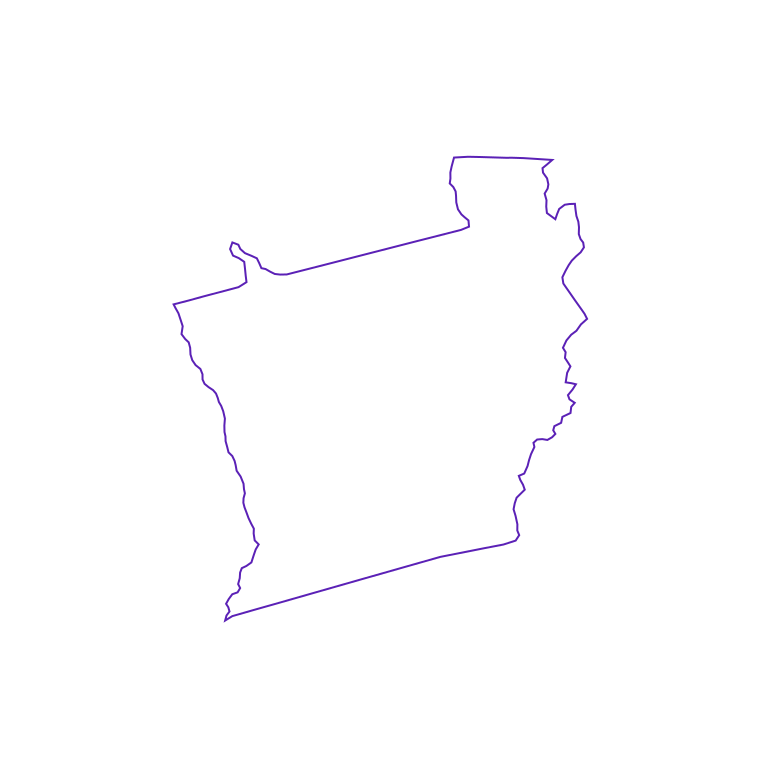 the district of Sooretama, Espírito Santo, Brazil, rotated 233°
{"feature_id": "56859067B28785690649681", "entity_name": "Sooretama", "entity_type": "district", "adm_level": 2, "iso_a3": "BRA", "parent_name": "Brazil", "parent_adm1": "Espírito Santo", "projection": "natural_earth1", "projection_center": [-40.136, -19.069], "detail": "fine", "context": "isolated", "style": "outline", "palette": "violet", "viewbox_px": 768, "rotation_deg": 233, "n_neighbors": 0, "source": "geoboundaries", "source_scale": "gbopen_adm2", "svg_char_len": 2638}
<svg xmlns="http://www.w3.org/2000/svg" viewBox="0 0 768 768"><g transform="rotate(233 384 384)"><path d="M290.7,114.8L289.9,123.2L281.4,145.3L278.1,153.8L274.4,163.3L242.1,247.2L212.1,324.8L192.6,365.1L189.7,371.0L183.9,382.8L179.7,394.9L181.9,401.0L186.8,402.3L191.7,406.1L199.5,409.7L206.0,412.1L210.1,416.7L213.4,421.5L214.1,426.7L214.9,432.8L219.9,434.4L225.3,435.1L229.5,436.4L228.1,442.1L232.1,449.3L235.8,453.9L239.5,459.2L243.2,466.2L247.1,468.0L247.5,472.9L244.7,477.3L241.0,480.8L240.3,486.2L241.0,490.8L245.2,491.3L247.8,494.7L246.4,502.1L250.4,506.7L248.6,515.5L253.1,519.8L254.2,525.0L260.1,522.9L264.4,524.2L266.1,531.2L268.3,537.1L271.8,534.2L276.0,530.1L282.7,537.0L285.9,543.5L291.2,543.9L295.9,544.2L300.1,548.2L305.2,548.7L309.0,555.9L310.7,563.1L310.7,569.7L313.1,577.2L313.8,585.4L319.4,586.4L325.0,586.6L335.9,586.9L343.3,587.2L351.5,587.5L356.3,587.7L361.9,590.7L365.2,597.2L367.8,603.1L369.5,608.2L370.4,614.4L370.8,620.3L372.8,625.9L377.1,628.2L381.5,628.2L386.5,629.8L391.9,634.1L396.7,636.9L402.4,638.8L408.0,641.9L413.0,644.9L416.2,640.3L418.4,636.2L418.4,629.3L415.6,624.6L412.5,620.0L422.5,617.0L428.0,620.3L433.0,624.4L439.4,626.9L441.6,632.3L444.5,635.4L450.1,638.0L457.1,638.2L461.0,640.5L461.2,645.7L461.7,653.2L480.5,631.3L487.9,622.1L490.9,618.0L507.4,597.4L514.8,588.0L522.7,576.2L517.0,568.9L513.0,564.3L508.1,560.7L504.6,557.2L499.6,557.9L494.7,557.1L491.1,554.9L485.5,551.0L479.0,548.2L472.9,547.9L468.8,548.7L463.8,549.9L458.5,546.6L460.7,538.3L474.0,506.5L477.7,497.7L515.1,407.9L530.0,372.3L533.9,366.9L537.6,363.0L542.2,360.7L547.1,358.6L550.3,355.8L555.7,357.1L560.9,358.1L566.1,355.3L572.2,351.7L578.3,350.5L582.9,351.5L588.3,348.1L584.4,342.3L577.4,340.7L571.9,343.8L565.7,345.9L559.6,342.3L553.5,338.6L548.1,335.5L548.9,326.1L562.8,292.0L568.3,278.1L574.2,263.9L570.2,263.2L564.2,262.4L556.8,259.9L551.3,258.0L545.7,252.3L539.6,252.3L534.8,253.1L529.6,251.0L524.0,247.2L518.4,245.2L512.5,244.9L506.5,246.4L501.0,244.9L496.8,241.8L492.1,240.8L487.1,242.0L482.0,243.8L477.5,244.1L472.8,242.8L469.0,241.3L464.5,240.8L459.0,239.2L452.1,236.1L446.9,231.5L441.6,227.7L437.6,225.9L433.7,223.1L427.9,220.8L423.0,218.7L417.8,219.5L412.5,218.4L408.5,216.7L403.4,214.1L396.4,213.8L388.9,211.8L384.3,208.9L380.4,207.1L377.3,203.1L373.8,200.2L369.5,198.4L364.3,196.9L358.4,195.1L352.0,193.8L346.8,193.0L343.0,189.9L336.9,186.6L331.3,187.4L329.1,182.0L325.8,177.1L321.3,170.7L321.5,164.5L322.5,159.6L320.0,155.6L315.7,151.9L312.0,147.1L307.6,146.3L305.7,141.7L307.4,136.3L305.7,130.6L303.5,125.6L299.4,125.3L295.3,123.7L293.9,118.9L290.7,114.8Z" fill="none" stroke="#5b21b6" stroke-width="2"/></g></svg>